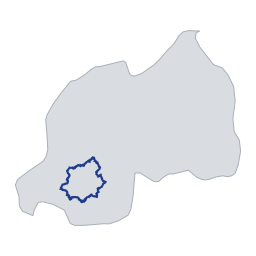 Nyamagabe, Southern, Rwanda (highlighted)
{"feature_id": "39286606B14277660644276", "entity_name": "Nyamagabe", "entity_type": "district", "adm_level": 2, "iso_a3": "RWA", "parent_name": "Rwanda", "parent_adm1": "Southern", "projection": "orthographic", "projection_center": [29.511, -2.4], "detail": "fine", "context": "in_parent", "style": "outline", "palette": "blue", "viewbox_px": 256, "rotation_deg": 0, "n_neighbors": 0, "source": "geoboundaries", "source_scale": "gbopen_adm2", "svg_char_len": 6188}
<svg xmlns="http://www.w3.org/2000/svg" viewBox="0 0 256 256"><path d="M95.6,66.8L99.3,66.7L123.4,60.9L125.8,62.7L129.6,73.9L131.7,75.6L135.0,76.0L141.8,73.4L154.2,64.7L159.6,59.3L166.0,51.9L174.1,43.5L178.6,36.1L183.1,31.8L188.9,30.6L195.3,30.9L199.8,31.0L196.1,32.8L195.4,38.2L199.6,46.8L213.4,64.6L222.2,67.8L227.9,74.8L233.6,86.4L235.2,101.0L232.9,118.5L234.2,131.6L239.3,140.1L240.6,151.2L238.2,164.9L235.3,173.0L231.8,175.7L227.9,176.7L222.6,175.8L216.1,176.9L209.0,179.5L204.6,179.9L201.8,179.4L196.6,177.2L188.4,170.1L173.1,174.0L168.9,173.9L163.3,177.3L158.7,181.4L155.9,181.7L153.1,181.1L139.9,172.8L135.0,173.1L133.0,196.4L130.8,209.4L128.1,215.2L118.6,220.7L109.1,223.9L103.9,223.7L83.0,225.4L74.8,225.4L70.3,223.5L64.4,210.3L53.3,204.4L42.6,201.7L38.3,202.4L34.4,209.4L32.9,215.6L22.5,211.3L19.4,206.1L19.1,197.2L15.4,185.0L17.4,179.9L21.5,176.5L30.1,170.1L43.1,161.2L45.9,156.9L47.8,149.9L46.9,133.4L45.7,119.5L47.2,114.6L53.2,103.9L61.2,92.9L70.5,81.3L76.1,80.1L83.5,75.7L91.3,69.2L95.6,66.8Z" fill="#d9dde1" stroke="#a8b0b8" stroke-width="1"/><path d="M97.8,164.0L97.5,163.6L97.6,163.3L97.2,163.1L96.9,163.2L96.7,163.1L96.7,162.9L96.5,162.7L96.3,162.6L96.3,162.3L96.1,162.3L96.3,162.2L96.0,162.1L95.8,161.8L96.0,161.5L95.4,161.3L95.6,161.2L95.5,160.8L95.3,160.8L94.9,160.2L94.6,160.0L94.6,159.8L94.4,159.6L94.3,159.4L94.1,159.2L94.2,158.9L93.9,158.8L93.9,158.5L94.0,158.1L93.7,158.1L93.6,157.5L93.3,157.5L93.0,157.6L92.8,157.5L92.6,157.9L92.4,157.9L92.3,158.0L92.5,158.3L92.4,158.5L92.2,158.4L92.2,158.7L92.4,158.8L92.1,158.8L92.0,158.7L91.8,158.9L91.7,158.7L91.4,159.1L91.1,159.2L90.9,159.4L90.6,159.5L90.4,159.9L90.4,160.0L90.2,160.0L90.1,160.3L89.7,160.2L89.6,160.6L89.4,160.4L89.2,160.5L89.0,160.8L89.2,161.2L88.9,161.1L88.9,160.9L88.7,161.1L88.7,161.6L88.2,161.4L88.2,161.5L88.1,161.3L87.9,161.6L87.7,161.6L87.1,161.9L86.9,162.2L87.0,162.3L86.7,162.0L86.4,162.1L86.3,162.4L85.9,162.8L86.0,162.9L85.9,163.1L85.6,163.3L85.4,163.2L85.0,163.8L84.6,163.9L84.5,164.2L84.2,164.3L84.3,164.4L84.1,164.8L84.2,165.0L84.0,165.5L83.8,165.4L83.6,165.7L83.4,165.5L82.7,165.5L82.4,165.0L82.1,165.2L81.9,165.2L81.7,165.5L81.5,165.4L81.4,165.5L81.2,165.4L81.3,165.7L80.9,165.7L80.5,166.0L80.4,165.7L79.7,165.7L79.0,165.3L78.8,165.1L78.2,165.0L77.9,165.7L77.6,165.8L77.3,165.8L76.8,166.3L76.4,166.0L76.2,166.1L75.9,166.4L75.9,166.6L75.7,166.8L75.4,166.9L75.5,167.1L75.3,167.2L75.0,167.6L74.9,167.7L74.9,167.8L74.7,167.9L74.5,168.1L74.6,168.3L74.4,168.4L74.0,168.5L74.1,168.2L73.8,167.8L73.9,167.6L73.6,167.6L73.0,167.6L72.6,167.9L72.3,167.6L71.9,167.9L70.0,167.7L69.8,167.9L69.6,167.8L69.6,168.1L69.2,168.4L69.0,168.5L68.3,169.4L67.8,170.4L67.3,170.5L67.0,170.9L67.0,171.0L67.5,171.4L67.6,171.9L67.6,172.1L67.8,172.4L67.7,172.8L67.8,173.1L68.5,173.9L68.9,174.0L68.9,174.5L69.5,175.0L69.6,175.3L69.5,175.6L69.5,176.0L69.0,176.3L68.9,176.5L68.9,176.9L68.7,177.3L68.1,177.6L68.2,178.0L67.8,178.6L67.4,178.4L67.3,178.5L67.1,178.8L67.2,179.0L66.8,179.7L66.8,179.8L67.1,180.0L67.3,180.5L67.6,180.5L67.8,180.6L67.8,180.9L67.9,181.0L67.8,181.3L68.0,181.6L67.8,182.1L67.6,182.4L67.6,182.9L67.3,183.4L66.7,183.3L66.3,183.4L66.1,183.7L65.8,183.8L65.5,183.6L65.1,183.6L64.6,184.3L63.6,184.3L62.5,184.5L62.4,184.8L62.4,185.2L62.2,185.3L62.0,185.8L61.7,186.1L61.6,186.9L61.2,187.2L61.0,187.7L60.9,187.9L61.3,188.2L61.2,188.5L60.8,189.0L61.3,189.1L62.2,189.6L62.3,189.5L62.5,189.8L62.6,189.7L62.8,189.9L63.5,189.8L63.8,190.2L64.7,190.4L64.8,190.2L65.5,190.2L65.7,190.6L65.9,190.8L66.4,191.1L66.7,191.4L66.9,191.4L67.2,191.8L67.2,192.2L67.3,192.5L67.1,192.9L67.4,193.0L67.4,193.9L67.2,194.1L66.9,194.9L66.8,195.2L67.0,195.3L67.6,195.1L67.9,195.3L68.3,195.4L68.6,195.2L69.1,195.5L69.2,195.8L69.0,196.3L68.9,196.4L68.9,197.0L68.7,197.2L68.7,197.4L68.9,197.5L69.7,197.4L70.0,197.6L69.7,198.1L70.0,198.3L69.6,199.1L69.8,199.5L70.2,199.6L70.3,199.4L71.0,199.2L71.5,198.8L71.6,198.5L71.6,198.4L71.6,198.0L71.8,197.8L71.8,197.1L72.3,197.0L73.0,197.0L73.2,197.3L73.7,197.5L74.0,197.3L74.9,196.9L75.8,197.0L76.1,197.4L76.8,197.5L77.3,197.2L78.4,197.7L78.6,198.8L78.8,198.7L79.0,198.9L79.0,199.6L79.3,199.8L79.6,199.5L79.9,200.0L80.7,200.1L80.7,200.3L80.8,200.9L80.7,201.1L81.0,201.6L81.6,202.1L82.0,202.2L82.5,202.0L82.6,201.5L82.5,201.1L82.7,200.8L82.9,200.8L83.0,200.7L83.2,200.9L83.5,200.7L83.8,200.7L84.0,200.8L84.0,200.7L84.0,200.9L84.1,201.1L84.3,200.7L84.7,200.6L84.9,200.4L85.0,200.4L85.2,200.6L85.5,200.3L85.5,200.1L85.4,200.0L85.3,199.9L85.1,199.5L84.8,199.1L85.3,198.7L85.5,198.7L86.1,198.7L86.2,198.0L86.5,197.7L86.9,197.5L86.9,197.3L87.6,197.2L88.1,197.0L88.4,196.7L88.9,196.7L89.0,196.8L89.2,196.3L89.3,196.1L89.6,196.0L89.8,196.1L90.0,196.1L90.0,195.9L90.3,195.9L90.5,195.7L90.6,195.3L90.5,195.1L90.8,194.7L91.5,194.6L91.5,195.1L92.4,195.5L92.6,195.9L93.5,196.3L94.5,196.1L94.9,196.4L95.4,196.3L95.6,196.6L96.9,197.0L97.0,196.7L97.0,196.2L97.1,195.3L97.2,195.1L97.1,194.8L96.7,194.6L96.5,194.1L96.4,194.0L96.3,193.7L96.5,193.4L96.8,193.5L96.8,193.2L97.0,192.8L97.3,192.8L97.3,192.7L97.6,192.5L98.4,191.9L98.6,191.9L98.6,191.6L98.2,191.2L97.8,190.5L97.8,190.3L98.0,189.8L97.9,189.7L97.9,189.2L97.7,188.9L97.6,188.6L97.8,188.3L98.3,188.0L98.8,188.4L99.4,188.5L99.6,188.4L99.8,187.8L100.0,187.6L100.7,187.4L101.5,187.0L101.6,186.8L101.8,186.8L102.0,186.1L102.9,184.8L102.9,184.0L103.5,183.4L104.2,183.1L104.6,183.1L104.8,182.8L105.1,182.4L105.4,182.3L105.6,181.9L104.8,181.5L104.7,181.5L104.3,181.2L103.3,181.1L102.8,180.9L102.8,180.6L102.2,179.6L102.3,179.1L102.2,178.6L101.7,178.5L101.6,178.0L101.7,177.7L101.5,177.4L101.5,177.2L101.2,177.1L101.0,176.5L100.7,176.1L100.6,175.2L100.8,175.0L100.8,174.7L100.4,174.8L99.8,175.4L99.6,175.7L99.4,176.0L98.9,176.4L98.4,176.6L98.1,176.6L98.1,176.2L97.7,175.9L97.7,175.4L97.5,175.2L97.4,175.2L97.3,174.9L97.1,174.7L96.7,174.2L96.3,174.0L96.4,173.3L96.4,172.7L96.2,172.5L96.2,172.4L96.2,172.1L96.6,172.1L96.9,172.1L97.0,172.1L97.2,171.2L97.2,170.9L97.8,170.7L98.0,170.4L97.9,170.3L98.2,170.0L98.3,170.0L98.6,169.6L99.5,169.1L100.1,167.4L99.9,167.1L99.7,167.1L99.4,167.1L99.2,166.8L99.2,166.5L98.9,166.5L98.9,166.3L98.7,166.2L98.6,165.9L98.6,165.6L98.5,165.4L98.4,165.1L98.3,164.4L98.1,164.1L97.8,164.0Z" fill="none" stroke="#1e3a8a" stroke-width="2"/></svg>